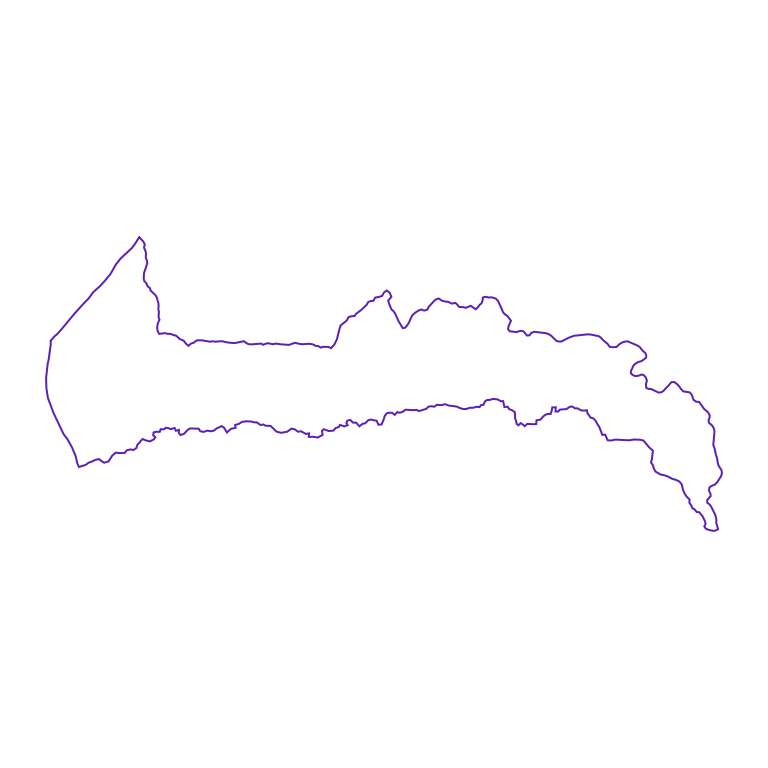 Pau D'Arco, Tocantins, Brazil
{"feature_id": "56859067B66536324452974", "entity_name": "Pau D'Arco", "entity_type": "district", "adm_level": 2, "iso_a3": "BRA", "parent_name": "Brazil", "parent_adm1": "Tocantins", "projection": "orthographic", "projection_center": [-48.908, -7.551], "detail": "fine", "context": "isolated", "style": "outline", "palette": "violet", "viewbox_px": 768, "rotation_deg": 0, "n_neighbors": 0, "source": "geoboundaries", "source_scale": "gbopen_adm2", "svg_char_len": 6099}
<svg xmlns="http://www.w3.org/2000/svg" viewBox="0 0 768 768"><path d="M79.0,467.0L85.6,464.9L88.6,462.7L91.6,461.7L94.6,460.2L98.9,459.0L100.7,460.5L104.1,462.7L108.5,461.4L112.4,455.4L115.9,452.6L119.4,453.1L124.8,452.9L126.5,450.4L130.5,449.4L133.4,450.0L136.4,448.0L137.4,444.7L139.3,442.9L140.8,440.8L142.7,439.0L145.5,440.3L149.9,441.4L153.8,439.4L155.3,437.2L153.2,435.3L153.6,432.4L155.8,431.8L159.8,431.8L160.6,429.2L163.8,429.4L165.8,427.7L168.3,428.1L170.4,429.1L174.6,428.0L175.9,430.8L178.9,429.9L178.8,433.0L180.5,435.0L183.9,433.9L187.4,430.2L189.9,428.4L198.7,428.7L200.2,431.2L203.7,431.9L207.3,430.6L210.8,431.3L214.0,430.6L216.5,428.5L221.6,426.1L224.0,427.6L226.9,432.5L230.9,428.9L235.6,427.8L235.1,425.0L238.8,423.9L242.1,421.9L246.1,421.3L251.2,421.5L254.3,422.4L256.7,422.3L260.5,425.0L263.4,424.5L265.4,425.7L270.5,425.9L276.7,431.7L281.2,432.8L287.3,431.7L291.4,428.6L294.8,429.3L297.9,431.7L301.1,431.3L305.8,433.9L309.1,433.4L308.8,436.9L312.9,436.8L317.7,437.5L322.6,434.9L322.0,431.0L323.8,429.2L328.9,431.1L333.6,430.5L335.5,428.1L338.8,427.0L339.9,424.9L344.5,426.4L347.6,425.1L346.4,423.0L347.4,420.6L350.2,419.9L352.9,422.6L356.2,422.7L359.4,426.3L362.9,423.6L365.1,423.4L368.4,420.1L371.3,419.5L374.3,420.4L376.6,420.7L378.5,424.8L381.6,424.4L383.6,419.7L384.7,416.0L386.7,413.3L389.7,412.7L392.2,412.8L394.7,414.9L397.2,412.0L399.6,412.8L402.7,411.8L405.6,409.7L413.2,410.2L416.6,409.9L419.0,411.1L426.4,408.8L428.2,406.8L431.0,406.2L434.3,406.7L436.8,404.8L441.4,405.1L445.2,404.2L448.4,405.5L456.9,406.6L459.0,407.7L462.5,408.9L465.8,409.1L469.8,407.8L473.5,407.7L476.7,406.8L479.6,407.1L480.9,405.1L483.6,404.8L484.9,401.4L487.1,400.0L490.1,399.9L492.6,398.9L497.7,399.4L500.5,401.1L503.1,401.1L504.4,407.0L507.8,406.8L509.1,409.1L512.0,410.2L514.9,412.2L515.1,418.5L516.2,421.2L516.6,423.8L518.4,425.3L520.7,423.1L523.0,424.6L524.6,426.2L527.3,423.9L532.5,424.2L536.2,424.1L536.5,420.3L540.5,419.6L542.5,417.2L544.6,415.3L547.5,413.9L550.5,414.0L551.5,411.5L552.3,407.4L555.8,407.3L555.5,411.5L558.2,411.5L559.8,409.6L566.5,409.1L569.5,406.9L572.1,406.5L575.1,408.4L577.4,408.3L581.2,410.4L584.5,410.6L586.9,410.3L587.5,413.2L590.6,417.6L593.0,418.2L595.5,420.6L597.2,423.8L599.4,427.1L602.3,434.9L605.1,434.6L607.7,440.3L611.4,440.5L615.2,439.6L629.1,440.3L634.2,439.5L640.6,439.8L643.5,440.6L649.4,447.6L652.9,450.6L651.9,459.2L651.0,462.4L652.7,464.8L653.8,468.4L655.5,471.6L660.6,474.5L664.1,475.2L668.1,476.6L672.2,478.8L676.0,479.9L679.3,481.5L681.7,484.3L683.0,489.9L684.8,493.9L686.7,496.7L689.6,499.6L689.3,502.6L691.2,505.3L692.6,508.4L694.7,509.5L696.7,512.0L699.2,512.2L702.4,516.0L705.0,521.3L705.6,523.9L704.3,526.4L705.8,528.7L708.8,529.9L712.7,530.8L715.0,530.8L718.1,529.2L716.3,523.0L716.3,519.9L715.9,517.1L714.9,514.1L711.3,506.9L709.6,504.4L707.3,502.8L707.2,500.0L710.7,496.0L710.4,493.5L708.9,490.3L709.5,487.3L711.6,485.9L714.9,484.6L717.2,482.2L721.1,476.2L721.9,473.2L721.6,470.4L718.6,465.7L717.8,463.1L717.0,458.0L715.9,454.7L714.5,448.1L713.3,445.0L714.5,431.5L713.9,428.5L712.7,426.4L711.3,424.7L709.2,423.1L708.5,420.3L709.4,418.1L709.8,415.5L708.1,412.4L704.0,408.8L699.3,402.1L696.0,401.6L693.5,399.8L692.4,396.4L691.2,393.9L689.4,392.3L683.3,391.4L681.2,389.3L679.5,386.8L677.4,384.4L674.3,382.0L671.3,382.2L668.5,385.7L666.2,387.8L663.9,390.5L661.6,392.2L658.6,392.6L651.2,389.0L648.6,388.9L646.3,388.0L646.0,384.1L646.9,380.4L645.8,377.5L644.0,375.3L641.4,374.5L638.7,375.7L635.0,376.1L632.5,374.8L630.8,373.2L631.0,370.9L632.2,368.5L633.0,366.2L635.0,363.9L638.1,362.1L641.4,361.1L644.1,359.3L646.2,357.4L646.2,355.0L645.2,352.9L643.0,351.1L639.4,346.7L637.1,345.4L627.5,341.3L624.7,341.7L622.1,342.5L619.5,344.1L616.7,346.9L613.4,347.2L609.7,346.8L607.3,343.5L604.5,341.4L602.3,339.4L600.7,337.5L598.5,336.1L589.8,334.4L587.1,334.4L573.9,335.8L568.6,337.8L561.4,341.5L558.5,341.5L556.2,340.7L551.2,335.7L548.5,334.1L546.1,333.2L534.2,331.8L531.2,332.9L529.7,335.2L527.2,335.6L525.3,333.6L523.9,331.6L521.4,330.8L518.9,331.2L516.7,332.1L509.7,331.3L508.1,329.2L508.5,326.2L511.0,320.8L507.3,315.8L504.7,314.2L502.9,312.0L501.8,309.1L498.0,300.9L495.8,298.6L491.6,297.3L488.7,297.5L485.7,296.8L482.9,297.5L482.6,300.6L481.5,303.3L479.5,305.0L478.0,307.1L475.8,309.3L470.7,305.8L466.1,307.8L462.9,307.1L459.1,307.0L457.6,305.0L455.5,302.9L451.8,303.6L448.3,301.9L442.7,301.1L438.6,298.5L436.3,299.3L434.3,300.7L428.6,307.0L427.5,309.5L424.2,310.6L421.4,309.5L418.6,310.5L415.5,312.5L412.7,314.8L411.2,317.4L409.1,322.3L407.4,325.0L405.2,327.7L402.7,328.1L398.3,320.7L395.1,313.4L393.3,311.0L391.4,309.3L388.8,302.9L388.2,300.5L391.4,296.9L389.7,292.8L386.6,290.5L383.9,292.6L382.1,295.9L378.8,297.0L375.2,297.6L373.4,300.8L370.5,301.1L368.1,302.1L366.7,304.8L361.3,309.9L356.1,313.8L354.6,316.0L351.2,316.3L348.4,317.2L347.3,319.7L345.5,321.6L340.8,325.2L339.5,328.7L336.9,339.4L334.2,344.8L332.6,346.3L331.1,348.2L328.2,346.9L322.9,346.9L320.6,347.6L318.5,346.2L315.5,345.8L312.7,344.3L309.3,343.8L302.8,344.2L300.2,344.0L294.8,342.8L289.0,344.9L280.7,344.3L276.1,343.6L272.8,344.2L267.9,343.2L265.5,343.8L263.2,344.8L261.2,343.6L251.1,344.4L248.3,344.1L246.1,342.9L244.0,341.2L234.6,343.1L228.5,342.6L221.7,341.2L215.1,341.7L212.6,341.3L209.9,341.7L201.9,340.3L196.9,340.3L193.8,342.7L191.0,343.6L188.5,345.8L186.0,343.7L183.7,340.7L180.1,339.2L176.0,335.6L173.6,335.1L170.7,333.9L167.4,333.8L165.1,333.1L159.2,333.9L157.6,331.0L157.2,328.1L157.4,325.3L158.2,322.4L159.5,319.7L158.6,317.2L158.9,311.5L158.3,309.0L158.6,306.5L158.4,303.2L156.6,297.0L155.4,295.1L150.5,290.5L150.1,288.3L147.5,286.1L146.3,283.2L144.4,281.3L143.7,278.9L144.0,273.1L147.2,263.6L147.1,260.9L145.8,257.8L146.0,253.2L145.3,250.6L144.0,247.6L144.8,244.4L143.2,241.4L139.2,237.2L134.8,244.2L131.5,248.4L121.0,258.1L116.0,264.3L110.6,273.8L104.5,281.2L99.9,286.2L93.4,292.0L88.6,298.5L83.1,304.1L74.5,313.6L62.1,328.6L57.0,334.3L54.3,336.5L50.6,340.9L50.8,343.9L48.7,359.3L47.6,364.4L46.1,377.9L46.4,388.3L47.9,397.9L53.6,413.1L63.6,434.2L67.3,439.0L71.9,447.2L75.6,455.9L77.4,463.6L79.0,467.0Z" fill="none" stroke="#5b21b6" stroke-width="2"/></svg>